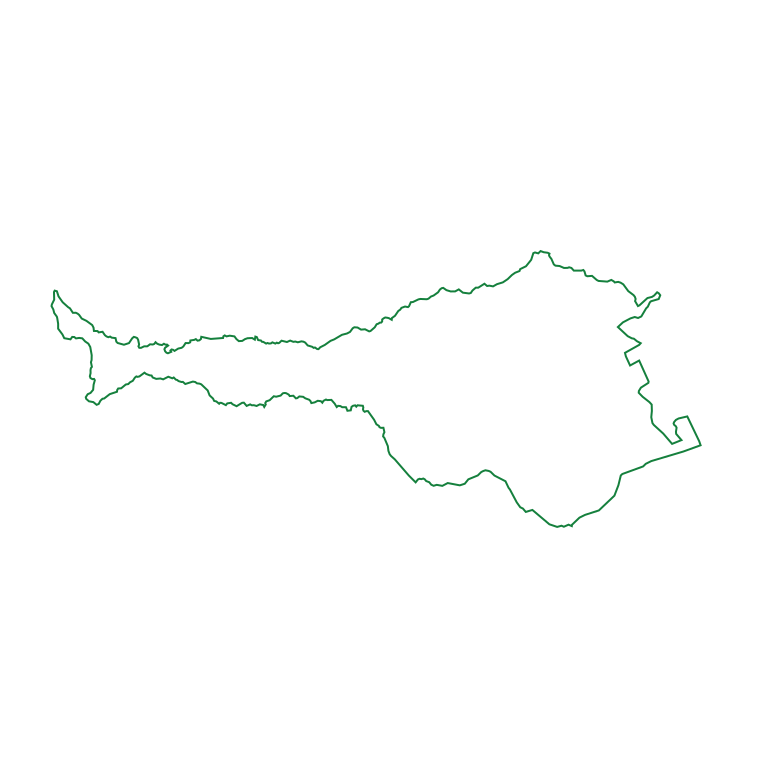 North Imenti, Eastern, Kenya (Robinson projection), rotated 161°
{"feature_id": "3690345B12906040129315", "entity_name": "North Imenti", "entity_type": "district", "adm_level": 2, "iso_a3": "KEN", "parent_name": "Kenya", "parent_adm1": "Eastern", "projection": "robinson", "projection_center": [37.763, 0.044], "detail": "fine", "context": "isolated", "style": "outline", "palette": "green", "viewbox_px": 768, "rotation_deg": 161, "n_neighbors": 0, "source": "geoboundaries", "source_scale": "gbopen_adm2", "svg_char_len": 6160}
<svg xmlns="http://www.w3.org/2000/svg" viewBox="0 0 768 768"><g transform="rotate(161 384 384)"><path d="M93.9,378.0L94.7,380.4L95.9,381.8L99.8,379.7L102.3,379.1L106.9,379.5L116.9,375.2L118.5,375.0L119.6,380.6L118.4,382.5L118.4,384.8L119.1,386.8L122.8,392.3L125.3,400.3L127.3,402.8L129.3,404.3L132.8,404.9L133.3,406.2L135.2,408.4L139.5,408.1L147.6,411.6L149.0,413.1L152.1,418.5L156.7,419.7L158.0,421.0L157.8,425.2L158.4,426.9L160.6,427.0L167.6,429.4L169.0,432.7L171.0,434.1L172.5,434.0L176.0,435.1L179.6,438.4L183.4,440.1L184.5,441.8L185.0,447.8L186.0,450.7L186.0,452.2L185.1,453.4L186.5,454.8L190.1,456.6L192.7,458.7L195.6,457.3L198.4,459.2L200.2,459.1L204.4,453.5L211.4,449.1L217.8,448.3L219.1,446.7L223.8,446.5L227.6,445.4L232.9,442.9L238.5,441.4L244.7,441.6L249.1,440.8L252.4,442.7L254.6,443.1L256.4,446.1L263.5,444.4L265.9,445.2L269.9,443.6L272.3,441.8L274.1,441.9L279.7,444.7L282.5,449.1L286.6,448.4L290.8,449.8L294.4,452.4L296.7,455.6L298.3,455.8L300.4,455.1L303.0,453.1L308.3,451.5L311.1,451.4L314.1,450.2L315.9,450.2L322.0,452.6L323.9,452.8L330.0,452.1L332.0,452.6L335.0,449.4L336.3,448.9L338.9,450.4L342.7,450.3L344.5,449.0L346.7,448.4L351.4,444.9L355.0,443.8L355.8,442.2L358.0,444.7L359.4,445.6L361.2,446.5L363.0,446.2L364.7,445.6L365.4,443.7L366.6,443.0L368.2,443.4L369.5,442.9L371.5,442.9L374.3,440.6L379.5,438.5L380.9,438.6L384.1,441.9L388.0,442.9L390.6,446.0L393.6,447.3L395.4,446.9L399.2,444.3L402.6,443.8L407.7,444.2L416.6,442.4L420.5,442.2L427.3,440.2L432.3,439.5L434.6,438.3L435.8,438.8L437.4,441.0L438.8,441.1L439.7,442.5L443.6,445.3L445.0,448.8L446.3,450.2L448.2,451.2L451.9,451.5L454.0,453.0L456.0,453.4L458.6,455.6L462.1,455.3L466.8,458.3L469.6,457.0L470.9,457.0L471.9,458.0L473.6,457.6L476.0,459.7L477.7,459.2L479.6,459.7L480.8,460.7L482.3,460.6L484.4,463.1L485.6,463.6L486.2,465.2L488.7,466.5L489.0,469.8L490.2,470.7L491.7,468.0L493.7,470.4L498.1,471.7L500.8,471.7L504.0,470.9L507.3,471.8L508.9,474.5L509.9,477.7L514.1,479.9L517.4,480.3L518.8,481.8L520.3,481.4L521.2,479.9L533.1,483.0L541.4,488.1L542.5,486.1L544.4,485.4L546.2,485.7L547.3,487.7L549.1,487.5L552.9,488.2L553.7,486.5L555.5,486.3L558.3,487.3L561.5,484.8L563.6,484.1L567.0,484.5L571.3,483.5L572.3,485.0L573.6,485.8L575.0,485.2L574.7,483.7L578.3,483.4L579.5,484.4L580.3,486.2L580.3,488.4L579.1,489.6L575.6,490.6L576.3,491.9L577.8,492.3L579.0,493.7L581.2,493.1L583.6,494.4L585.3,495.9L586.4,497.9L588.1,496.7L589.7,496.6L592.3,497.7L595.5,496.7L598.5,497.7L602.0,497.3L603.6,497.9L603.9,499.6L602.7,501.0L602.1,505.8L602.4,507.7L603.6,508.9L605.2,510.0L607.2,509.2L611.8,505.7L617.1,505.8L622.5,509.5L623.3,511.2L622.9,514.8L626.4,516.5L627.5,518.0L629.4,518.0L630.9,519.3L632.0,521.0L633.1,525.0L637.0,525.7L637.6,527.3L641.0,528.6L640.3,531.9L640.7,534.7L644.8,540.6L648.5,544.3L649.8,548.7L650.8,550.3L652.2,551.7L655.0,552.6L656.3,557.8L657.6,559.4L661.2,565.9L663.2,572.8L663.1,578.2L665.0,579.5L666.1,578.4L668.4,571.1L672.1,567.4L673.0,565.9L672.4,562.1L672.7,558.5L671.4,554.2L671.5,552.8L672.5,547.0L674.1,542.4L671.9,535.5L671.4,531.4L665.9,528.3L663.5,530.0L661.6,529.3L660.4,527.4L657.2,526.8L654.4,525.4L652.7,521.5L650.4,518.4L649.7,514.6L651.0,506.4L652.7,501.8L654.0,500.0L654.6,495.3L656.0,494.4L657.0,492.6L657.9,489.8L659.6,487.1L659.6,485.2L658.1,483.5L656.5,483.2L656.2,481.7L658.8,477.9L660.9,473.2L664.4,471.1L667.5,470.8L670.3,468.6L670.4,466.9L668.6,463.7L664.7,461.5L662.5,457.9L660.3,458.0L657.6,460.5L655.0,461.7L653.3,461.4L646.6,463.7L639.0,463.6L638.2,465.2L636.8,466.3L633.9,465.5L628.3,467.6L625.8,467.2L623.6,468.3L620.5,468.8L617.5,471.1L615.7,471.8L614.7,471.0L612.8,470.8L606.8,472.7L605.6,470.9L602.6,468.4L601.0,467.7L600.6,465.5L597.7,463.0L593.6,462.0L591.3,460.3L585.6,461.1L582.3,458.3L580.7,458.6L579.4,455.9L578.1,455.0L577.4,453.7L574.8,451.8L573.5,451.5L571.9,448.7L563.9,448.5L561.8,447.3L560.6,445.5L558.3,444.4L556.9,443.2L552.8,435.3L552.6,430.0L550.4,425.9L550.1,423.3L548.2,422.1L546.3,419.0L545.1,419.6L543.8,419.0L540.4,415.5L538.5,416.7L534.7,416.0L533.8,414.2L530.6,411.0L524.3,412.4L522.6,412.0L521.0,408.0L517.2,408.3L515.9,406.9L513.9,406.3L511.6,404.7L508.0,405.2L505.0,403.4L504.7,401.3L502.5,403.1L502.5,404.6L501.0,405.9L497.4,405.9L492.2,408.3L490.1,407.1L485.5,406.7L482.8,408.1L481.4,408.0L479.8,407.4L478.5,406.1L477.5,404.9L477.1,403.3L473.5,402.4L472.0,399.1L470.6,398.9L468.1,399.8L464.6,398.2L463.1,396.1L459.9,393.5L459.1,391.9L458.9,389.6L455.5,389.2L452.1,389.7L449.3,388.3L448.4,386.4L446.7,387.8L443.9,388.2L443.0,387.3L438.9,386.1L437.0,381.4L436.2,377.6L434.5,378.3L432.4,377.3L431.1,375.7L427.5,374.4L427.3,370.6L424.0,369.9L422.1,373.0L420.3,373.5L418.2,373.2L417.6,371.6L416.0,372.5L411.1,370.3L411.2,368.5L412.1,367.0L412.1,365.4L411.3,364.0L409.5,364.1L408.0,363.6L405.0,353.4L404.3,348.4L402.5,346.1L402.3,344.6L401.1,343.5L398.8,342.8L399.3,338.3L400.9,336.7L401.9,334.7L401.2,332.9L400.6,324.0L401.6,319.3L401.5,315.7L400.7,313.5L398.3,309.2L390.3,289.3L386.1,280.7L383.0,282.7L381.2,282.8L379.7,281.9L377.6,281.8L376.5,280.6L375.7,278.5L373.2,276.4L372.1,273.4L370.2,271.6L367.0,271.5L362.0,268.7L356.0,269.6L345.3,263.5L340.1,263.4L335.3,266.4L325.1,267.0L320.7,269.1L318.5,269.4L316.2,269.4L313.3,267.7L311.8,266.3L309.4,261.5L300.8,252.5L300.0,245.3L299.3,243.3L297.0,228.8L295.3,223.1L293.2,221.0L291.6,216.9L284.7,216.6L273.3,197.5L266.8,192.5L262.3,192.2L260.4,190.5L255.3,190.9L252.7,188.5L252.1,189.7L242.7,194.0L236.5,194.8L222.0,194.5L202.5,203.4L195.3,212.0L189.9,220.4L188.0,221.3L165.8,221.7L162.5,223.3L156.4,224.1L123.0,222.7L104.6,223.0L104.6,227.2L107.8,254.6L116.7,255.5L119.7,255.0L121.9,253.7L123.0,252.5L123.0,251.1L121.8,249.0L121.6,247.4L123.5,243.8L124.0,241.7L121.0,234.1L131.1,233.6L136.1,246.2L142.2,257.4L142.9,259.6L142.1,265.6L139.5,271.3L137.6,277.4L138.9,280.4L143.6,287.7L146.0,292.8L145.3,294.4L142.3,296.9L133.7,299.0L133.0,300.2L135.1,323.1L145.3,321.4L146.3,331.4L146.0,335.0L130.0,337.9L128.0,339.0L130.9,342.1L133.0,345.5L134.8,346.5L138.0,349.9L144.3,361.7L138.0,364.5L129.6,365.8L125.1,365.7L122.3,363.7L118.7,364.1L111.5,370.2L109.4,371.2L106.0,374.7L104.5,375.3L96.6,374.9L93.9,378.0Z" fill="none" stroke="#15803d" stroke-width="2"/></g></svg>